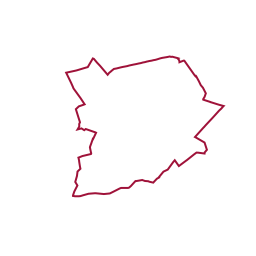 Stende, Talsi, Latvia (Albers equal-area conic projection), rotated 27°
{"feature_id": "27541924B78924471245845", "entity_name": "Stende", "entity_type": "district", "adm_level": 2, "iso_a3": "LVA", "parent_name": "Latvia", "parent_adm1": "Talsi", "projection": "albers", "projection_center": [22.538, 57.141], "detail": "fine", "context": "isolated", "style": "outline", "palette": "rose", "viewbox_px": 256, "rotation_deg": 27, "n_neighbors": 0, "source": "geoboundaries", "source_scale": "gbopen_adm2", "svg_char_len": 2384}
<svg xmlns="http://www.w3.org/2000/svg" viewBox="0 0 256 256"><g transform="rotate(27 128 128)"><path d="M175.3,165.2L175.7,163.7L176.8,160.0L177.8,158.5L177.7,158.5L179.4,150.8L182.3,147.0L183.7,138.1L184.3,135.5L190.6,138.8L194.7,130.5L194.9,130.2L198.9,121.4L200.2,118.8L201.8,118.1L207.8,116.0L207.4,115.0L208.2,111.6L202.8,106.2L192.0,105.6L191.8,105.6L195.2,92.9L195.3,92.8L195.6,91.6L195.9,90.4L198.7,80.7L201.3,71.1L202.3,68.4L203.0,65.6L203.2,65.0L198.4,66.0L190.7,67.3L189.8,67.5L189.7,67.4L182.2,68.6L181.9,68.2L182.1,65.4L181.6,61.8L176.5,58.1L173.4,56.8L170.0,54.2L165.9,51.4L165.4,51.0L164.9,50.8L164.7,51.3L162.7,50.4L157.6,47.7L147.7,42.5L147.3,42.5L146.9,42.8L144.0,46.0L143.9,45.8L143.8,45.6L143.5,45.3L143.2,44.9L142.9,44.6L142.7,44.4L142.3,44.2L142.0,44.0L141.5,43.8L140.9,43.6L141.1,43.3L141.2,43.1L140.5,43.2L137.8,43.8L135.0,44.4L134.1,45.1L132.8,45.3L130.7,47.0L126.5,50.1L124.8,51.6L124.5,51.9L122.9,53.5L121.5,54.8L119.9,56.0L118.3,57.4L116.5,58.7L115.5,59.6L114.8,60.1L113.2,61.6L111.5,62.9L109.9,64.4L108.2,65.7L107.5,66.3L105.8,67.7L104.1,69.0L102.4,70.4L100.8,71.7L99.2,73.2L97.4,74.6L95.7,75.9L94.0,77.3L92.4,78.7L90.8,80.1L88.6,81.8L88.3,82.5L87.3,84.7L87.3,84.9L86.5,86.7L86.2,87.3L85.7,89.8L74.9,85.3L70.7,83.8L66.2,81.9L65.1,82.0L64.5,92.0L63.2,93.2L61.6,94.7L56.5,99.6L55.5,100.5L47.8,106.8L56.8,113.6L60.4,116.5L60.6,116.7L61.5,117.5L72.3,123.0L78.6,126.6L77.7,127.6L74.4,131.0L73.0,134.9L82.6,144.7L82.7,146.6L83.9,148.8L83.7,152.2L86.7,149.5L90.0,149.8L90.8,148.1L100.9,146.7L101.7,146.7L101.9,153.7L101.6,153.7L101.7,154.2L102.1,157.4L102.2,157.9L102.7,162.0L102.9,162.6L103.2,162.9L103.6,163.5L106.1,166.6L106.6,167.1L106.7,167.3L106.8,167.5L106.8,167.9L106.8,168.0L101.4,172.6L100.2,173.6L99.4,174.5L97.5,176.7L97.3,176.9L97.4,177.0L99.5,179.6L99.6,179.9L101.2,182.1L102.8,184.3L104.1,185.9L102.8,189.7L104.3,193.9L105.5,200.0L109.0,202.2L109.0,209.0L109.5,212.4L109.6,212.8L109.7,213.3L109.8,213.5L111.7,212.9L115.1,211.2L116.5,210.3L117.2,209.6L117.6,209.3L117.9,208.9L118.9,208.0L119.1,207.8L122.7,204.5L127.4,201.6L128.6,200.9L136.5,197.8L141.5,194.6L143.8,191.5L144.1,191.1L148.1,185.6L149.1,184.5L155.0,181.5L155.7,181.0L156.1,180.5L157.1,177.9L157.2,177.4L158.7,172.0L158.8,172.0L161.1,170.3L164.0,168.1L164.2,167.9L167.2,167.5L169.1,166.7L170.3,166.2L171.3,166.2L175.3,165.2Z" fill="none" stroke="#9f1239" stroke-width="2"/></g></svg>